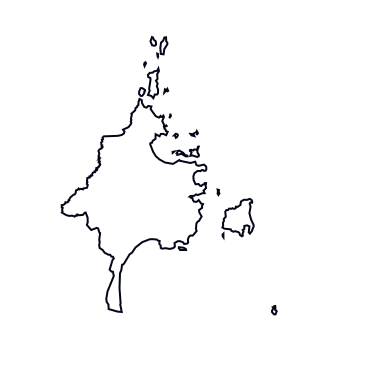 Sattahip, Chon Buri, Thailand (Mercator projection), rotated 199°
{"feature_id": "78962969B45333129363776", "entity_name": "Sattahip", "entity_type": "district", "adm_level": 2, "iso_a3": "THA", "parent_name": "Thailand", "parent_adm1": "Chon Buri", "projection": "mercator", "projection_center": [100.926, 12.687], "detail": "fine", "context": "isolated", "style": "outline", "palette": "ink", "viewbox_px": 384, "rotation_deg": 199, "n_neighbors": 0, "source": "geoboundaries", "source_scale": "gbopen_adm2", "svg_char_len": 6157}
<svg xmlns="http://www.w3.org/2000/svg" viewBox="0 0 384 384"><g transform="rotate(199 192 192)"><path d="M308.4,130.2L303.3,129.2L300.4,129.4L297.2,130.7L295.0,130.5L294.3,131.9L293.2,132.0L293.2,133.4L291.3,133.2L287.7,134.8L286.6,137.6L285.8,137.9L282.3,133.7L280.7,129.2L280.7,126.6L274.9,123.3L270.3,127.1L268.9,127.0L266.4,123.5L265.5,123.3L264.1,116.3L263.0,114.9L262.5,111.6L261.1,109.0L257.6,108.1L254.8,106.1L250.7,105.5L248.9,106.0L247.2,104.7L245.6,105.0L244.3,103.7L245.0,101.9L244.6,91.8L242.2,90.5L240.8,90.9L238.6,87.1L239.5,70.5L238.2,62.8L236.8,60.3L234.3,58.3L232.7,54.2L223.3,54.7L219.4,55.7L223.2,62.2L223.2,63.3L229.2,77.4L233.6,91.6L233.4,95.1L234.4,100.5L233.4,101.1L232.9,102.4L230.7,112.8L228.9,115.2L227.4,121.1L222.7,128.4L216.5,133.6L213.8,134.6L209.8,135.6L208.0,134.9L206.7,135.2L206.0,132.3L204.2,131.2L203.3,128.9L201.9,128.7L198.6,130.3L194.6,130.9L191.5,132.8L190.4,134.8L191.9,138.0L189.6,140.7L187.5,141.6L184.1,141.5L182.5,140.3L179.8,141.6L179.2,142.9L180.4,145.8L180.4,148.5L179.4,150.3L177.1,151.0L174.9,156.6L176.2,158.3L177.6,163.6L177.0,165.8L176.0,166.9L174.9,172.0L178.4,175.0L179.5,177.2L177.3,180.3L178.0,182.0L177.7,184.2L179.5,184.0L183.0,186.5L184.4,184.2L186.8,183.5L188.5,184.6L189.7,186.6L191.3,186.2L191.6,187.3L192.6,187.0L192.2,187.7L188.7,189.1L187.4,191.0L185.4,191.1L181.8,194.2L179.7,195.0L181.5,197.0L180.0,200.4L181.2,202.4L181.6,205.0L182.9,204.6L183.0,203.3L184.5,202.2L185.2,200.7L186.5,200.6L188.4,201.7L191.2,200.5L194.4,203.9L195.8,207.3L195.8,210.6L193.5,213.8L190.7,214.5L190.1,215.7L188.9,216.3L187.3,215.9L186.0,216.7L185.8,218.0L186.9,220.7L189.6,221.8L193.9,219.1L195.7,218.8L196.9,219.2L198.8,221.7L202.9,218.9L213.5,217.6L214.3,218.1L219.1,212.4L227.1,211.1L233.4,212.2L237.9,214.1L241.9,217.4L247.3,223.8L247.1,224.8L245.8,225.6L245.8,227.7L243.8,230.3L245.2,234.8L240.8,234.1L240.4,236.7L238.1,237.6L234.9,237.3L234.6,241.1L236.5,241.1L237.5,242.6L238.6,242.9L240.1,245.1L239.9,246.0L243.2,249.4L243.0,253.9L244.0,254.9L244.7,253.2L245.8,252.9L246.5,253.6L247.4,251.6L251.0,251.9L258.1,256.9L258.2,259.6L261.4,259.1L262.4,257.0L264.8,256.9L268.2,259.8L269.4,262.5L271.9,262.9L271.9,259.9L271.0,256.7L271.8,255.3L271.6,254.4L272.7,253.0L272.3,250.7L274.8,246.3L274.1,245.7L273.6,241.4L272.7,240.4L272.9,238.7L272.0,238.0L271.9,236.2L273.2,232.6L277.5,228.5L275.5,227.1L275.5,225.0L277.1,223.0L280.3,221.0L293.5,215.9L294.3,214.1L293.3,212.9L294.2,212.0L293.2,210.5L294.0,209.3L293.0,207.0L292.1,206.9L292.2,205.4L291.2,205.3L291.6,203.9L293.4,202.1L293.8,200.3L292.1,198.1L292.1,195.7L291.3,195.3L291.5,193.9L290.1,193.9L290.8,192.3L290.3,192.5L289.6,191.0L289.9,190.2L289.0,190.3L289.2,189.4L287.8,188.4L287.8,187.1L288.3,186.9L288.2,185.5L290.3,183.4L289.8,182.6L289.0,182.9L288.9,181.9L290.1,181.6L289.8,180.6L290.8,179.8L290.3,179.1L291.9,178.2L292.3,176.7L291.7,175.3L292.5,174.3L293.2,174.5L293.4,172.7L294.1,172.9L294.1,172.0L295.5,171.2L294.7,167.5L294.1,167.3L294.1,165.4L292.8,164.7L292.7,161.8L296.1,159.8L296.0,159.0L298.7,158.6L299.4,157.8L300.4,158.2L300.5,157.3L302.2,155.7L301.7,153.2L302.1,151.5L303.1,150.9L305.1,147.6L305.7,145.0L305.3,144.3L306.1,143.9L305.8,142.4L307.1,141.1L308.3,141.2L308.3,139.5L309.8,137.5L310.9,137.2L310.1,134.9L309.1,134.9L308.9,132.6L308.1,131.6L308.4,130.2ZM132.6,166.9L130.3,166.4L129.7,167.3L130.6,168.8L130.4,171.4L131.7,172.6L130.5,174.0L131.5,176.9L129.0,178.4L126.5,178.2L125.2,172.3L123.7,171.5L122.7,174.3L122.5,179.4L123.0,180.9L127.1,185.1L130.8,190.6L131.9,197.3L133.7,199.8L133.3,201.1L131.7,201.4L131.7,202.3L133.4,204.1L135.4,204.2L137.0,202.7L140.5,201.5L142.6,198.9L142.0,195.5L144.0,192.8L145.7,192.4L145.3,191.4L145.8,190.4L147.1,189.7L148.6,189.8L149.2,189.0L151.6,188.3L152.0,186.7L153.7,186.0L154.1,184.1L152.0,179.6L153.2,176.8L152.4,175.2L152.7,173.0L151.6,170.4L151.7,168.3L149.2,167.9L143.2,169.3L142.2,168.2L140.1,167.9L138.2,169.0L135.2,169.2L133.9,168.7L132.6,166.9ZM261.8,269.6L259.1,268.1L258.9,272.1L256.8,272.7L256.3,274.3L257.5,278.0L259.7,280.5L259.8,283.4L262.3,285.5L261.4,287.7L263.3,292.0L262.6,295.5L264.0,297.8L264.3,295.5L267.3,293.5L268.1,292.0L270.7,290.9L271.8,288.4L270.7,286.4L268.6,286.3L267.8,284.8L266.1,275.5L265.0,274.2L265.2,269.4L261.8,269.6ZM266.4,312.4L263.7,312.9L264.7,318.1L263.4,323.7L263.9,325.1L265.5,326.2L266.9,329.8L268.4,329.1L268.5,325.7L269.9,323.2L268.9,318.0L266.4,312.4ZM205.3,229.3L205.3,225.7L203.7,226.7L198.6,226.8L197.4,227.8L197.4,229.2L199.7,231.2L200.5,232.8L200.4,237.1L201.0,236.9L201.1,233.6L203.8,232.9L204.3,231.7L206.7,231.6L207.6,230.9L207.4,230.2L205.3,229.3ZM280.3,320.9L277.4,317.7L274.8,318.2L274.1,319.0L274.1,320.2L275.4,322.7L277.8,323.6L279.2,325.4L280.3,325.5L280.3,320.9ZM274.0,267.5L271.5,266.1L270.2,266.9L269.3,269.9L269.8,271.5L269.2,272.4L269.8,273.3L273.0,274.0L274.4,273.5L274.7,270.0L274.0,267.5ZM77.0,108.3L77.7,106.3L77.4,104.7L74.7,103.0L73.2,103.5L73.1,106.9L75.0,107.6L75.2,109.0L76.5,110.2L78.1,109.3L77.0,108.3ZM218.6,223.8L218.0,222.3L214.4,224.7L209.6,223.6L207.8,224.3L208.2,224.9L210.4,224.6L213.1,226.2L217.6,227.0L218.6,226.2L219.1,223.7L218.6,223.8ZM186.4,135.5L186.1,134.5L184.3,133.3L178.7,135.2L179.1,136.0L181.8,136.6L186.4,135.5ZM226.6,240.0L224.9,238.0L224.0,239.2L223.8,241.0L224.4,241.8L226.3,241.8L227.3,239.7L226.6,240.0ZM167.4,200.4L167.4,199.0L166.1,197.8L165.6,199.6L166.7,200.7L167.3,203.5L167.4,202.7L168.6,202.6L167.4,200.4ZM251.0,280.3L250.5,277.0L249.5,279.3L248.2,279.1L247.5,279.8L248.9,281.5L249.4,279.9L251.0,280.3ZM211.0,245.4L208.0,245.6L209.3,247.0L209.2,248.1L210.3,246.9L212.4,246.4L211.0,245.4ZM278.2,299.5L278.9,298.7L278.8,296.9L277.8,295.6L277.4,298.8L278.2,299.5ZM207.2,251.1L207.2,249.4L206.4,248.7L206.3,247.5L205.5,249.5L207.2,251.1ZM238.0,259.0L237.6,257.5L237.4,254.4L236.7,257.0L238.0,259.0ZM149.2,161.7L148.5,160.0L147.5,159.3L148.7,162.8L149.2,161.7ZM269.9,311.5L269.4,310.3L268.6,310.0L269.0,311.4L269.9,311.5ZM222.0,224.4L223.4,223.6L223.0,222.7L222.0,224.4ZM268.6,309.6L268.7,309.0L268.1,308.4L268.1,309.1L268.6,309.6ZM237.5,246.2L238.0,246.5L238.2,245.5L237.5,246.2ZM76.6,111.1L75.9,110.6L76.2,111.3L76.6,111.1Z" fill="none" stroke="#020617" stroke-width="2"/></g></svg>